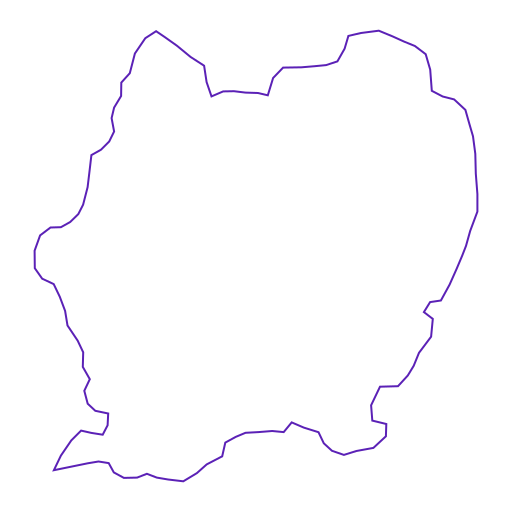 outline of Dores de Campos, Minas Gerais, Brazil
{"feature_id": "56859067B85692850284281", "entity_name": "Dores de Campos", "entity_type": "district", "adm_level": 2, "iso_a3": "BRA", "parent_name": "Brazil", "parent_adm1": "Minas Gerais", "projection": "albers", "projection_center": [-43.994, -21.101], "detail": "fine", "context": "isolated", "style": "outline", "palette": "violet", "viewbox_px": 512, "rotation_deg": 0, "n_neighbors": 0, "source": "geoboundaries", "source_scale": "gbopen_adm2", "svg_char_len": 1573}
<svg xmlns="http://www.w3.org/2000/svg" viewBox="0 0 512 512"><path d="M431.1,336.7L432.8,318.9L423.9,312.1L430.1,302.1L440.9,300.5L449.6,284.6L456.6,268.9L462.1,255.9L466.0,245.9L470.2,230.9L477.4,211.6L477.4,194.1L475.8,173.6L475.3,153.8L473.0,136.3L469.4,124.0L465.4,109.9L454.1,99.4L442.7,96.5L431.8,90.8L430.2,69.6L425.7,54.2L414.9,46.0L404.1,41.6L392.6,36.4L378.8,30.7L361.0,33.0L348.4,35.9L344.6,48.7L337.4,61.4L326.1,65.1L314.7,66.2L301.5,67.3L283.1,67.6L273.1,78.0L267.8,95.3L258.0,93.0L245.5,92.6L234.0,91.2L223.2,91.4L211.5,96.4L206.6,82.1L204.1,65.7L190.5,56.9L176.9,45.7L164.8,37.1L156.1,31.2L145.3,38.2L134.9,53.5L129.8,73.2L121.3,82.6L121.1,96.0L114.1,107.6L111.6,118.1L114.1,131.5L109.2,141.5L101.0,149.7L91.4,155.1L89.7,169.7L87.6,187.2L83.1,204.7L78.3,214.1L70.2,222.0L60.9,227.2L50.5,227.5L40.1,235.4L34.6,250.7L34.8,268.2L42.2,278.7L53.7,284.1L59.8,296.8L65.1,310.9L67.5,325.5L77.7,340.7L83.2,352.3L82.8,366.9L89.8,379.2L84.3,390.8L87.7,403.7L95.3,410.8L108.2,413.5L107.6,425.3L102.7,434.7L91.3,432.9L81.1,430.6L71.3,440.4L60.9,455.6L53.9,470.2L68.6,467.2L87.7,463.3L98.5,461.5L108.7,463.1L113.8,472.4L123.9,477.9L137.1,477.6L146.9,473.8L156.8,477.6L168.1,479.5L183.3,481.3L196.9,473.1L206.7,464.4L222.2,456.3L225.3,442.6L235.7,436.9L245.5,432.8L258.4,432.1L272.2,431.0L283.7,432.1L291.7,422.4L303.8,427.6L318.5,432.2L323.8,443.3L332.0,450.8L343.9,454.9L356.4,451.0L373.4,447.9L385.9,436.3L386.3,424.0L372.3,420.6L371.1,405.3L380.0,386.7L398.0,386.2L407.8,375.5L413.7,365.8L419.0,352.8L431.1,336.7Z" fill="none" stroke="#5b21b6" stroke-width="2"/></svg>